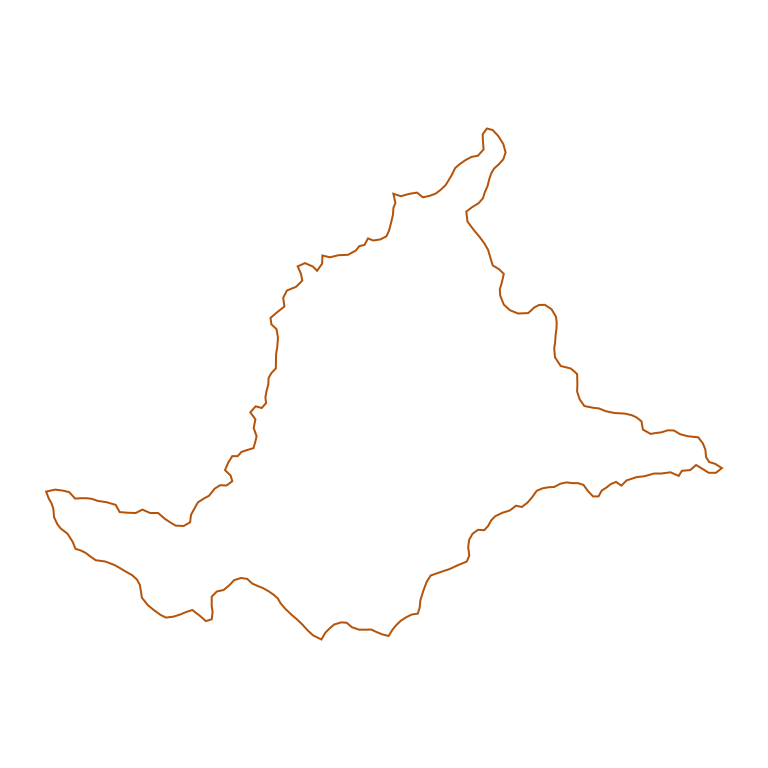 Morro da Garça, Minas Gerais, Brazil
{"feature_id": "56859067B41000943764258", "entity_name": "Morro da Garça", "entity_type": "district", "adm_level": 2, "iso_a3": "BRA", "parent_name": "Brazil", "parent_adm1": "Minas Gerais", "projection": "albers", "projection_center": [-44.635, -18.604], "detail": "fine", "context": "isolated", "style": "outline", "palette": "amber", "viewbox_px": 768, "rotation_deg": 0, "n_neighbors": 0, "source": "geoboundaries", "source_scale": "gbopen_adm2", "svg_char_len": 3812}
<svg xmlns="http://www.w3.org/2000/svg" viewBox="0 0 768 768"><path d="M46.1,491.6L48.8,498.6L51.6,503.5L53.3,508.6L54.1,517.3L57.3,524.1L60.7,528.5L67.4,533.6L72.6,541.7L75.5,548.8L80.8,550.5L85.7,552.9L90.5,556.6L95.7,560.2L105.2,561.5L114.4,565.0L119.8,568.0L124.7,571.0L132.2,575.2L137.0,579.6L139.9,585.0L140.8,590.6L141.9,597.7L147.9,605.2L153.9,610.1L160.5,614.9L166.0,617.6L173.7,616.6L180.2,614.5L185.7,612.2L192.3,610.0L199.5,615.5L205.9,621.1L211.7,619.3L212.6,612.1L211.7,606.0L211.7,596.7L216.8,591.5L223.6,590.0L229.4,585.2L234.2,580.1L241.2,578.0L247.2,578.9L252.3,583.6L258.0,586.1L263.2,588.2L268.6,591.3L273.5,594.6L277.9,598.5L280.6,603.3L285.3,608.8L291.9,615.1L296.7,619.1L302.5,624.7L307.5,630.2L313.0,635.3L321.4,639.5L325.4,632.6L330.0,628.0L334.2,624.5L341.1,622.4L346.6,622.7L351.9,627.2L359.1,629.7L365.1,629.7L371.1,629.5L376.9,632.2L382.4,634.4L388.6,636.0L392.6,629.5L396.3,625.1L400.7,620.8L406.3,617.2L411.8,614.5L417.8,613.6L419.7,607.5L420.4,600.2L423.3,590.9L426.7,581.8L430.7,575.5L437.9,573.0L443.6,571.0L449.5,569.1L458.2,565.0L466.7,561.6L469.3,555.6L468.2,547.3L469.1,539.9L472.5,533.8L478.0,529.8L484.2,530.2L488.2,525.9L491.1,520.5L495.1,516.3L502.6,512.7L509.8,510.5L516.0,505.7L521.8,507.0L527.4,502.7L532.1,497.3L536.7,490.8L542.6,488.3L548.4,487.3L554.1,487.0L560.4,483.7L566.5,482.4L572.2,483.1L577.9,483.1L583.5,484.9L587.9,491.0L593.0,496.4L598.5,496.4L601.7,490.6L606.2,487.7L610.8,484.1L616.0,481.9L621.4,485.6L626.6,480.4L636.7,477.1L644.6,476.2L654.1,473.5L661.5,473.5L670.5,472.3L678.7,475.9L681.9,470.8L690.2,470.1L696.1,465.0L702.2,468.7L708.7,472.8L715.9,472.8L721.9,468.1L715.3,463.9L709.1,462.0L706.0,456.9L705.4,449.6L702.8,443.3L698.2,437.3L688.1,436.3L680.1,434.2L673.9,430.5L667.6,430.3L661.6,432.3L655.9,433.0L650.6,433.9L642.9,429.6L641.5,421.4L636.7,417.5L631.8,415.2L624.9,413.6L614.4,413.0L605.7,411.2L598.9,408.4L593.2,407.8L584.3,406.0L579.7,399.4L577.1,391.5L577.4,384.2L577.1,374.0L570.8,368.5L560.7,366.0L555.0,357.3L554.2,348.6L555.1,342.6L555.6,335.5L556.5,328.3L556.7,322.8L556.0,316.8L551.6,309.3L544.8,304.8L539.1,305.0L534.2,307.5L528.2,313.1L518.1,313.5L509.9,310.2L503.8,304.6L500.2,295.6L499.8,289.3L501.8,282.6L503.8,273.9L498.9,269.1L492.7,265.4L490.1,256.7L488.0,249.6L484.1,243.0L479.4,236.7L474.0,230.3L467.5,221.6L466.3,211.6L472.3,207.0L478.6,203.2L482.9,198.3L484.7,192.5L487.6,185.9L489.3,179.0L491.3,173.2L494.2,168.4L499.0,164.1L503.3,159.3L505.6,152.4L503.3,144.0L498.1,135.8L492.6,130.0L486.9,128.5L482.7,134.2L482.9,141.2L483.6,149.3L478.0,155.7L471.5,156.9L465.8,159.9L460.0,163.9L455.2,168.0L451.2,176.0L445.7,185.0L440.6,189.9L435.3,193.8L429.3,195.9L422.8,197.3L417.0,192.6L409.5,193.8L400.9,196.2L393.4,193.8L395.4,202.9L393.4,208.0L393.0,214.6L391.0,223.1L389.0,230.7L386.4,236.3L380.4,239.4L373.2,240.5L368.0,238.4L364.5,244.9L359.4,246.1L355.7,250.6L348.0,254.8L338.5,255.2L329.9,257.3L322.4,255.5L322.2,263.5L317.1,270.8L313.0,266.6L305.0,263.1L297.7,266.4L300.9,273.7L302.3,280.5L296.1,286.8L286.9,290.5L283.2,297.8L284.4,306.5L277.8,311.7L270.5,317.9L271.4,324.4L276.5,329.1L278.0,337.6L277.2,347.4L276.1,354.0L276.0,360.3L275.8,368.5L271.5,372.9L268.6,377.9L268.3,384.5L266.5,391.1L265.4,397.4L266.1,403.0L261.7,408.0L255.7,406.3L250.3,412.3L255.4,419.3L253.7,428.1L256.6,436.2L255.2,442.2L253.4,448.2L246.8,450.1L241.4,452.0L237.6,456.2L232.3,456.1L228.3,462.5L225.0,470.1L230.6,475.5L232.3,481.2L226.5,485.5L220.2,485.2L214.6,488.7L209.1,495.7L203.9,498.5L197.9,502.4L194.5,508.4L191.0,514.8L190.1,522.3L183.6,526.0L175.6,525.6L170.7,522.7L164.7,518.7L158.1,513.0L150.1,513.0L142.4,509.6L135.8,513.0L126.9,512.7L119.7,512.1L115.7,504.9L106.6,502.2L97.7,500.9L91.6,498.8L86.3,498.2L81.0,498.2L75.1,498.6L69.3,492.2L63.4,490.7L55.2,489.6L46.1,491.6Z" fill="none" stroke="#b45309" stroke-width="2"/></svg>